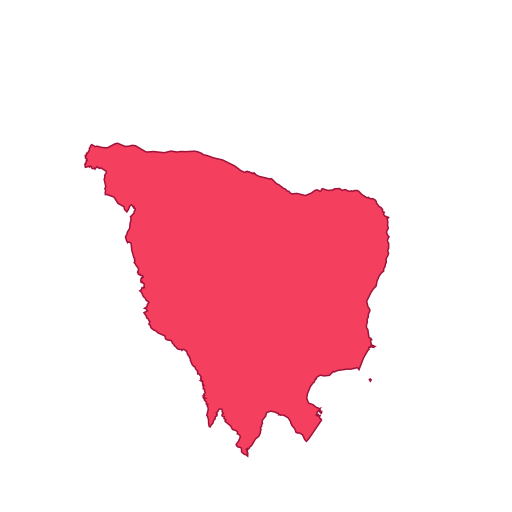 Karang Asem, Bali, Indonesia (Natural Earth projection), rotated 327°
{"feature_id": "22746128B60715781377305", "entity_name": "Karang Asem", "entity_type": "district", "adm_level": 2, "iso_a3": "IDN", "parent_name": "Indonesia", "parent_adm1": "Bali", "projection": "natural_earth1", "projection_center": [115.49, -8.359], "detail": "fine", "context": "isolated", "style": "filled", "palette": "rose", "viewbox_px": 512, "rotation_deg": 327, "n_neighbors": 0, "source": "geoboundaries", "source_scale": "gbopen_adm2", "svg_char_len": 6127}
<svg xmlns="http://www.w3.org/2000/svg" viewBox="0 0 512 512"><g transform="rotate(327 256 256)"><path d="M133.4,355.0L133.3,356.8L132.4,358.6L127.9,362.9L128.0,364.2L126.9,367.6L124.8,371.0L123.9,373.7L124.5,374.4L126.2,373.4L128.7,372.8L131.0,370.8L133.0,370.4L134.2,368.6L136.1,368.7L136.9,368.0L136.8,367.4L137.3,367.3L137.3,365.8L138.8,365.8L142.0,364.3L144.1,366.0L143.9,366.8L142.8,368.0L142.8,370.4L141.7,370.2L140.5,371.3L140.7,372.3L141.9,373.4L140.6,374.9L141.5,376.9L140.8,376.9L140.0,377.8L142.2,384.7L141.8,388.7L144.0,391.3L144.7,393.5L143.4,395.0L144.4,396.1L144.7,397.9L144.3,399.2L140.7,401.7L136.8,403.2L136.4,404.4L136.7,406.1L139.0,408.6L138.6,410.2L137.4,412.0L137.3,413.1L138.3,416.1L139.4,417.3L140.0,419.3L141.9,416.7L141.6,415.8L142.6,415.0L142.5,414.2L143.0,414.0L142.5,412.9L144.0,412.6L144.3,413.7L145.7,413.5L146.9,412.6L148.0,412.8L149.9,412.2L155.7,409.2L160.3,408.7L163.5,406.6L164.2,405.4L165.6,404.5L166.2,402.2L167.8,402.1L168.5,400.8L170.4,399.8L170.7,398.4L172.6,396.9L176.9,395.6L179.4,393.2L183.7,394.0L187.0,397.3L188.3,399.6L189.0,399.9L189.0,401.0L188.6,401.4L189.1,401.5L189.7,402.8L190.9,403.2L192.6,404.8L194.8,409.1L194.8,414.1L194.1,415.0L194.1,416.9L193.8,417.2L194.4,422.2L193.5,425.8L194.6,427.3L195.7,427.6L197.7,431.1L196.9,436.3L197.3,438.9L201.1,437.9L221.6,429.3L221.7,427.8L221.1,427.3L221.4,425.7L222.9,424.7L220.6,423.8L220.2,422.9L221.7,423.8L222.0,422.8L220.7,422.1L221.6,420.7L223.4,419.8L224.3,420.0L224.9,423.3L225.4,423.4L226.3,422.3L225.6,422.1L226.0,420.4L225.3,419.4L226.6,418.8L225.8,418.7L225.6,417.6L224.2,416.0L222.7,411.5L220.2,408.4L220.1,407.3L221.1,402.8L224.5,399.2L230.7,395.0L235.1,393.4L235.8,393.6L239.0,391.5L239.4,391.9L240.3,391.1L241.9,390.7L245.1,391.0L247.7,393.6L252.6,396.1L258.0,394.9L258.3,395.8L262.1,396.5L270.9,400.5L273.5,402.4L280.3,404.9L280.5,407.4L290.9,399.9L298.6,396.0L300.0,395.9L300.0,395.1L301.1,394.0L302.1,394.8L303.1,394.1L303.5,395.3L305.1,396.8L305.4,396.2L306.4,396.5L304.4,393.4L306.1,388.9L307.4,389.2L307.5,387.7L306.4,385.8L309.7,378.6L309.6,376.4L310.9,374.2L313.6,371.9L314.5,369.7L317.1,368.3L318.2,366.3L321.8,363.9L322.3,362.5L322.3,359.4L324.2,354.2L332.4,349.3L335.6,347.8L340.4,346.6L343.7,343.1L348.3,339.9L351.9,338.5L354.9,338.2L355.7,336.6L358.4,335.2L360.1,333.3L361.7,332.4L363.8,329.0L366.6,327.6L368.6,326.0L369.5,323.0L371.4,321.9L374.3,317.4L374.1,316.2L374.8,314.3L378.1,312.2L377.6,310.4L378.2,307.7L379.5,306.1L382.0,304.9L383.2,301.6L385.1,299.3L386.2,296.4L386.9,295.8L386.7,293.7L385.8,292.7L385.7,291.2L386.1,289.9L387.4,289.2L386.6,288.3L386.9,286.4L387.5,286.0L387.2,283.2L386.2,281.9L385.9,277.1L386.5,275.8L386.5,274.1L385.1,271.4L383.1,270.3L382.2,268.0L381.5,268.0L380.4,267.0L378.3,262.3L377.4,257.7L376.6,256.2L373.8,254.5L372.8,254.7L371.4,253.2L370.4,253.2L368.4,251.3L367.1,248.9L364.0,247.9L362.8,244.9L358.2,242.3L356.9,242.6L352.8,240.7L351.2,239.3L348.5,235.7L347.3,235.8L346.0,236.8L344.7,236.5L344.0,234.7L342.8,233.5L340.6,233.1L336.7,233.4L330.4,232.2L324.4,225.8L320.0,223.5L319.0,221.9L318.9,219.9L317.5,218.4L317.1,215.8L316.0,214.5L313.9,208.5L312.6,206.6L311.2,200.0L310.6,199.1L309.7,199.1L301.9,190.8L300.2,188.0L300.1,186.7L299.3,186.2L299.6,185.1L298.0,185.1L297.8,183.9L297.0,183.4L296.0,181.5L295.2,181.3L294.9,180.3L293.5,179.7L293.1,180.2L292.2,179.9L289.8,176.2L287.2,168.9L280.4,157.4L273.9,150.6L269.4,144.7L267.2,142.7L266.3,140.3L263.7,136.6L261.4,134.5L254.5,130.6L249.7,127.3L246.5,125.9L241.9,121.7L235.3,119.4L226.6,112.3L221.1,109.4L220.0,108.0L215.0,97.9L212.4,95.7L209.2,94.7L205.8,92.7L201.3,86.0L198.8,85.1L190.2,84.3L185.8,81.0L182.6,77.4L180.8,76.8L178.9,73.1L177.3,73.4L176.8,74.3L175.1,74.7L174.0,76.4L170.6,78.0L169.9,77.5L168.9,78.8L168.0,78.7L168.0,79.5L167.3,79.2L167.2,80.0L166.4,80.7L166.4,81.8L167.0,82.4L166.5,83.8L165.7,83.6L164.7,84.9L163.3,85.3L163.3,86.0L162.3,86.1L161.2,88.7L164.6,89.8L164.9,90.8L165.6,90.4L166.5,90.8L166.2,93.4L168.0,94.6L168.2,95.4L169.0,94.7L169.3,95.0L171.6,94.6L171.7,95.9L172.3,96.4L172.2,97.1L174.0,97.8L176.5,103.3L175.7,104.8L173.2,105.8L171.8,108.0L170.5,108.8L167.8,116.0L165.9,117.2L165.5,119.2L163.8,121.0L163.1,122.5L164.3,123.1L169.0,129.2L168.9,136.8L172.1,142.7L171.1,145.4L171.7,148.7L174.6,147.4L177.2,145.4L179.4,145.3L180.0,147.3L179.6,147.6L179.8,148.3L180.4,148.4L179.7,149.6L180.6,150.5L179.6,151.7L178.5,152.0L176.8,153.7L172.1,154.7L172.0,155.9L170.1,158.4L168.4,159.7L165.2,163.9L160.8,166.1L160.4,166.9L156.9,168.9L155.8,172.6L155.6,174.8L156.1,174.6L156.9,175.2L158.2,176.8L158.1,177.4L155.0,183.4L152.6,191.1L152.9,192.1L151.8,193.3L151.8,194.3L150.2,195.2L150.7,197.0L150.3,197.6L150.6,202.3L149.5,204.1L147.8,205.0L147.9,206.4L147.4,207.0L147.8,207.8L148.9,208.2L148.4,209.2L150.3,211.0L150.0,212.3L148.6,211.9L148.6,212.5L147.4,212.3L145.8,214.0L145.3,215.7L145.9,216.2L146.5,215.8L146.4,217.2L147.1,218.7L145.4,220.5L145.2,221.7L144.0,221.3L143.3,220.4L141.6,221.8L139.6,221.9L140.2,224.2L139.4,228.8L140.1,230.8L139.8,233.3L141.0,236.5L138.3,237.6L137.0,239.2L134.0,239.1L135.2,240.9L135.0,242.9L131.1,242.5L131.3,246.8L130.5,248.3L131.3,249.7L131.0,252.2L131.4,253.2L129.0,254.8L129.6,256.6L128.8,259.0L129.9,262.5L130.9,263.5L132.2,267.6L136.1,273.5L135.1,275.7L135.2,276.9L136.0,278.2L139.0,280.9L138.4,283.2L138.9,285.3L138.6,287.0L139.1,287.6L139.6,291.1L141.1,292.9L142.5,293.8L142.5,294.8L143.5,294.4L145.0,295.5L145.9,298.7L145.1,300.6L145.3,301.8L144.9,302.5L145.5,303.5L144.8,304.9L145.1,306.1L144.1,307.7L143.3,312.4L143.7,314.9L144.5,315.5L143.8,317.8L144.5,320.9L143.8,321.2L142.9,323.2L144.0,324.0L144.2,327.9L143.1,328.2L142.6,329.8L141.4,330.0L142.1,331.3L143.0,331.5L143.1,332.2L141.9,333.2L141.9,334.2L141.2,334.9L141.8,335.4L141.7,336.3L140.8,336.2L140.8,336.9L139.4,338.6L140.4,339.8L139.3,341.0L139.0,343.1L136.9,343.5L137.0,344.9L135.3,344.5L135.6,346.0L134.8,346.1L136.0,347.8L134.6,347.3L134.7,348.5L134.3,348.8L134.8,351.7L133.7,353.1L134.7,354.2L133.4,355.0ZM284.8,421.3L283.8,421.3L283.7,423.3L285.1,422.7L284.8,421.3ZM388.1,296.1L387.9,295.1L387.1,295.3L387.4,296.1L388.1,296.1Z" fill="#f43f5e" stroke="#9f1239" stroke-width="1.5"/></g></svg>